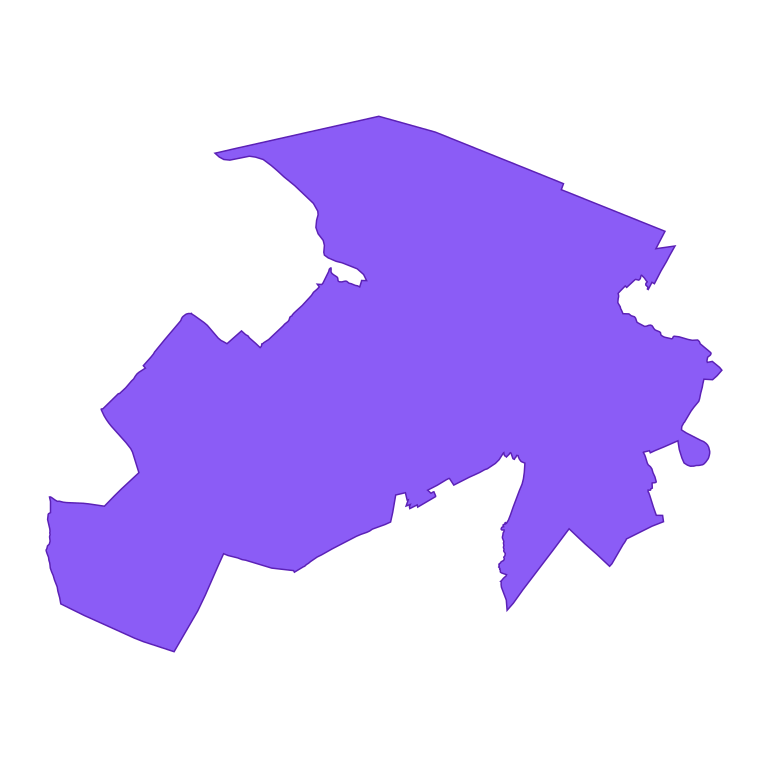 Siret, Suceava, Romania
{"feature_id": "2599482B44067509189222", "entity_name": "Siret", "entity_type": "district", "adm_level": 2, "iso_a3": "ROU", "parent_name": "Romania", "parent_adm1": "Suceava", "projection": "albers", "projection_center": [26.077, 47.951], "detail": "fine", "context": "isolated", "style": "filled", "palette": "violet", "viewbox_px": 768, "rotation_deg": 0, "n_neighbors": 0, "source": "geoboundaries", "source_scale": "gbopen_adm2", "svg_char_len": 6091}
<svg xmlns="http://www.w3.org/2000/svg" viewBox="0 0 768 768"><path d="M693.9,466.1L696.1,465.5L699.1,465.4L702.7,464.7L704.2,463.7L705.9,461.9L708.2,458.7L708.7,457.5L709.3,455.3L709.7,453.2L709.7,451.3L708.7,447.2L707.6,445.1L706.2,443.5L703.7,441.6L700.8,440.4L686.2,432.9L681.5,429.9L681.8,426.5L683.8,422.8L684.4,422.3L690.9,411.3L693.9,407.2L698.8,401.3L699.6,398.7L700.7,393.2L702.3,387.1L702.8,384.1L703.9,379.2L712.6,379.7L717.1,375.7L721.9,370.2L719.6,367.4L712.3,361.4L707.4,362.4L706.9,361.0L707.6,357.4L708.0,356.9L710.0,355.4L710.6,354.7L711.0,353.7L711.0,353.1L710.5,352.4L700.1,343.7L699.8,342.6L699.3,341.6L698.3,340.5L697.6,340.0L692.3,340.3L687.9,339.4L679.1,336.8L674.1,336.2L673.3,336.7L672.5,338.4L671.7,338.8L664.6,337.2L662.5,336.2L661.1,335.1L660.8,334.5L660.5,332.7L659.6,331.8L655.2,330.0L653.8,328.5L652.9,326.9L651.9,325.6L650.5,325.1L648.8,325.3L646.4,326.2L644.6,326.4L638.2,323.0L636.9,322.1L635.6,318.2L634.5,316.8L631.2,315.7L628.9,313.9L623.0,313.7L621.3,309.8L620.7,308.8L620.2,306.7L618.2,303.3L617.8,302.3L618.2,298.5L618.6,296.9L618.6,295.2L618.1,293.4L620.2,291.1L625.2,286.0L626.7,287.4L635.0,279.7L635.7,279.4L638.7,280.1L639.4,279.7L640.2,278.7L640.6,277.7L640.7,276.6L641.3,275.3L641.7,275.3L644.4,278.0L646.3,280.8L647.2,281.7L646.9,282.4L646.2,283.0L645.8,283.8L645.8,285.0L648.0,287.3L647.4,289.0L648.2,289.5L652.0,282.3L654.4,283.7L661.0,270.9L666.4,261.7L669.5,255.8L675.0,246.0L655.9,248.7L665.0,231.3L561.3,189.7L563.5,183.7L533.8,171.7L435.3,132.1L378.8,116.3L237.2,148.1L215.0,153.2L219.2,157.0L223.8,159.5L229.9,160.1L249.4,156.2L255.5,157.1L263.2,159.5L271.1,165.4L277.2,170.6L283.9,176.8L294.7,185.6L313.4,203.4L317.8,211.2L318.1,214.8L316.6,220.2L315.9,227.5L318.1,233.8L323.2,240.4L324.4,245.4L323.8,252.3L324.4,255.1L328.2,257.9L336.1,261.3L342.1,262.8L357.2,268.8L363.6,274.5L366.6,280.6L361.6,280.5L361.3,281.9L359.7,286.9L357.5,285.8L355.3,285.4L351.2,283.7L349.0,283.2L346.7,281.3L345.6,281.1L344.2,281.3L341.8,281.9L339.4,281.8L338.5,281.3L338.1,280.8L337.9,280.1L337.9,279.1L337.6,277.8L336.9,276.9L333.8,274.9L332.2,273.7L331.5,272.8L331.1,272.0L331.0,270.9L331.1,269.1L331.0,268.0L330.5,268.0L329.3,269.2L328.7,271.5L322.9,283.2L321.7,284.5L317.3,284.2L319.3,286.9L317.0,289.3L313.5,292.3L311.5,295.4L302.1,305.6L294.4,312.6L292.4,314.8L292.0,315.8L290.3,316.7L289.8,317.5L289.0,320.1L288.0,321.5L284.7,324.1L282.9,326.1L268.7,339.5L263.9,342.6L262.8,343.6L261.7,344.0L261.7,345.1L261.2,346.5L260.1,347.6L255.7,343.4L249.4,337.9L248.0,335.9L245.7,334.7L241.5,330.9L227.0,343.7L223.5,341.7L221.1,340.5L218.2,338.1L207.3,325.3L204.0,322.5L194.5,315.7L191.9,314.1L191.5,313.4L191.1,313.6L188.7,313.5L186.8,313.9L185.7,314.4L183.0,316.5L182.2,317.4L181.3,319.1L181.1,319.9L180.4,321.1L164.9,339.4L154.5,352.1L153.6,353.8L151.2,356.8L143.3,365.7L145.4,368.1L138.9,372.3L137.0,373.9L135.2,376.3L133.7,378.9L131.5,381.0L125.7,387.8L120.1,393.0L120.0,393.3L119.6,393.5L118.3,393.7L102.9,408.8L101.3,409.0L101.2,409.6L104.1,415.8L106.4,419.6L108.7,422.9L111.4,426.3L125.9,442.5L130.7,448.6L132.5,452.1L138.9,472.7L121.4,489.0L114.3,496.0L104.4,506.2L88.8,503.9L83.3,503.3L66.8,502.6L63.3,502.2L59.4,501.2L57.3,501.3L55.2,500.1L51.4,497.4L50.2,496.9L49.5,497.0L50.5,501.5L50.5,512.6L48.6,513.7L48.2,514.3L47.6,519.5L49.8,529.0L50.0,531.3L49.8,532.9L50.1,534.7L49.6,536.3L49.6,537.3L50.1,541.1L49.3,544.1L47.5,545.9L46.8,548.8L46.1,550.0L46.2,550.9L47.0,553.4L48.5,557.2L48.9,560.2L49.7,562.9L50.0,565.0L50.3,568.1L51.6,571.8L53.2,575.5L54.5,580.0L57.2,586.9L57.9,591.2L59.7,597.8L60.8,603.9L84.3,615.5L134.6,638.2L143.5,641.7L174.1,651.7L197.7,611.0L205.3,595.1L217.5,567.2L223.6,553.7L228.0,555.5L237.7,557.9L242.1,559.6L245.6,560.2L271.7,568.1L293.6,570.6L294.4,572.2L303.5,566.7L304.6,566.3L306.4,564.6L308.6,563.2L310.5,561.6L317.2,557.0L321.5,554.9L332.3,548.8L356.4,536.3L361.1,534.3L366.9,532.3L369.7,531.0L372.4,529.1L385.1,524.5L390.6,522.0L392.7,512.5L395.7,495.0L405.4,492.7L407.1,500.0L408.3,499.7L406.1,506.0L410.3,504.5L409.4,506.8L409.8,508.6L417.2,504.9L417.7,507.1L435.6,496.6L435.6,495.8L433.9,491.8L433.1,492.0L431.3,493.1L430.7,493.1L430.1,492.4L427.6,490.2L437.3,485.2L446.4,479.7L448.8,478.5L449.5,478.5L453.8,485.1L469.3,477.2L479.6,472.5L484.8,469.6L487.3,468.8L495.4,463.4L499.1,459.7L502.8,453.9L503.4,453.0L503.8,452.7L503.9,453.7L504.5,455.5L504.7,455.8L505.8,456.3L506.4,457.0L509.1,454.3L509.8,453.2L510.5,452.7L511.0,453.1L512.9,458.5L513.3,458.9L514.4,459.3L514.8,458.3L515.7,457.4L516.7,455.4L518.1,455.6L518.3,456.7L519.4,459.2L520.8,461.1L521.5,461.7L524.9,463.1L524.3,472.4L523.4,478.9L522.1,484.1L519.5,490.3L513.2,507.0L510.5,514.8L508.5,519.9L506.5,523.3L505.5,522.6L504.9,523.1L505.4,523.7L505.2,524.1L503.8,524.5L503.1,524.9L503.1,525.8L503.4,526.0L503.6,526.7L502.8,526.8L501.7,527.5L501.2,528.6L501.2,529.4L501.9,530.0L504.1,530.0L504.1,530.9L503.9,531.6L503.1,533.0L502.9,534.8L502.4,536.9L502.4,537.9L503.7,541.1L503.8,541.7L503.7,542.3L503.4,542.9L503.9,545.6L503.4,547.2L503.5,547.9L504.0,548.9L504.0,549.4L503.7,550.7L503.8,551.3L505.3,553.6L504.9,555.8L503.8,557.1L503.8,557.6L504.3,558.6L504.3,559.2L503.5,560.5L501.1,561.8L500.4,563.0L499.2,563.8L499.2,564.6L498.9,564.8L499.2,566.3L498.7,567.0L499.9,568.5L499.7,569.4L500.3,570.1L500.3,571.8L500.6,572.3L501.9,573.1L506.6,574.7L506.1,575.9L503.5,578.2L501.1,581.1L500.6,581.4L501.0,581.7L501.2,582.4L501.1,584.4L501.4,587.1L506.3,600.1L507.1,610.3L513.4,603.1L522.8,589.9L552.9,550.4L569.1,528.8L584.9,543.8L596.6,554.1L609.6,566.3L611.9,563.8L623.1,544.5L624.5,542.6L626.0,540.1L626.4,539.0L652.0,526.2L663.5,521.7L662.6,515.4L656.3,515.3L653.5,507.4L649.9,495.9L648.6,492.3L648.1,491.9L648.1,490.1L650.3,490.2L650.7,489.8L650.7,489.3L650.9,488.8L652.3,488.1L652.1,483.8L652.2,482.9L654.9,482.7L656.0,482.3L656.2,481.6L654.9,476.8L653.0,472.7L651.9,468.9L650.4,466.7L648.2,464.8L647.3,463.1L645.3,456.5L644.6,454.7L643.3,452.4L643.4,452.2L649.4,450.7L650.3,452.8L655.0,450.6L664.2,446.8L677.9,440.8L679.3,449.6L681.9,458.0L684.1,463.0L687.4,465.1L690.3,466.2L693.9,466.1Z" fill="#8b5cf6" stroke="#5b21b6" stroke-width="1.5"/></svg>